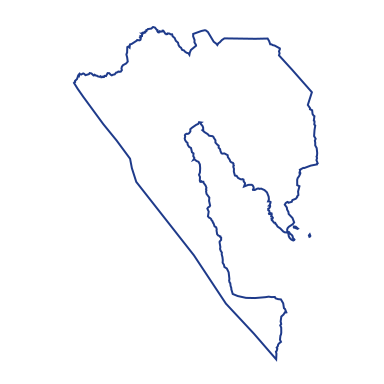 Mangochi, Mangochi, Malawi, rotated 183°
{"feature_id": "42251766B89682559169951", "entity_name": "Mangochi", "entity_type": "district", "adm_level": 2, "iso_a3": "MWI", "parent_name": "Malawi", "parent_adm1": "Mangochi", "projection": "orthographic", "projection_center": [35.105, -14.138], "detail": "fine", "context": "isolated", "style": "outline", "palette": "blue", "viewbox_px": 384, "rotation_deg": 183, "n_neighbors": 0, "source": "geoboundaries", "source_scale": "gbopen_adm2", "svg_char_len": 5997}
<svg xmlns="http://www.w3.org/2000/svg" viewBox="0 0 384 384"><g transform="rotate(183 192 192)"><path d="M199.1,349.9L199.0,347.5L197.4,343.9L197.4,341.6L195.8,339.2L195.6,338.3L200.5,333.8L201.5,331.1L201.8,328.9L202.9,330.4L204.5,330.7L206.1,331.6L207.5,333.0L209.3,333.4L210.5,335.5L212.0,336.4L213.1,338.0L213.8,340.4L216.1,342.2L217.4,344.9L219.5,346.5L220.1,348.4L221.6,348.3L222.7,349.0L223.9,349.1L224.6,349.1L224.9,348.4L225.9,348.2L226.1,348.6L226.9,348.7L229.0,351.5L229.4,351.7L229.9,351.6L230.0,350.8L232.1,350.4L232.3,350.8L232.9,350.9L233.5,349.6L234.3,349.8L235.1,350.9L235.0,351.9L235.9,352.3L237.5,354.2L239.3,354.7L239.8,354.6L241.1,353.1L244.6,352.4L244.9,351.8L246.1,351.3L246.0,350.2L247.1,349.8L247.1,349.0L247.7,349.1L248.0,348.5L249.1,348.7L249.3,348.6L249.0,348.3L249.3,347.7L250.5,347.6L250.1,347.3L250.1,345.1L250.7,344.9L251.6,345.0L251.5,344.4L252.0,343.9L251.3,343.3L251.6,343.0L251.2,342.2L251.5,341.2L252.3,340.7L254.7,340.9L254.9,340.4L260.0,336.7L261.7,336.1L261.9,333.0L263.1,334.0L264.2,333.3L264.1,327.6L264.4,327.2L264.7,325.8L263.8,323.0L263.0,318.9L264.5,316.9L267.6,315.0L268.6,313.4L268.9,311.6L268.4,310.1L269.4,308.5L270.6,308.2L271.4,308.5L272.1,308.3L272.5,307.7L274.0,307.3L275.4,305.4L277.0,305.0L278.2,304.3L279.4,304.9L280.8,306.3L282.5,306.3L283.9,303.3L285.3,303.4L285.8,302.3L286.3,302.2L286.4,302.7L286.9,302.7L287.5,302.1L288.6,301.8L289.3,302.8L290.2,302.2L292.3,302.6L293.1,303.2L294.0,303.2L295.4,304.0L295.9,303.3L296.4,303.2L298.6,305.1L300.4,305.4L301.1,304.3L304.5,303.1L305.8,304.3L306.9,304.7L308.8,303.5L309.8,303.7L310.4,304.3L310.9,303.7L310.8,303.2L311.5,302.7L310.9,302.2L311.0,301.5L311.7,301.7L312.0,301.4L312.8,298.7L314.6,296.9L314.5,295.7L315.6,295.2L316.0,295.4L311.6,289.1L305.6,281.4L284.2,255.2L270.0,239.5L255.6,222.0L253.3,212.7L248.2,199.2L186.8,128.9L152.3,82.3L122.7,53.7L99.2,29.3L99.2,34.9L99.8,36.9L99.1,37.8L98.6,39.9L99.3,41.0L98.3,42.3L98.0,44.1L97.2,45.3L95.3,47.0L96.4,49.0L96.2,53.1L95.7,54.3L95.5,56.1L95.8,61.2L96.9,63.5L96.0,64.8L96.7,67.3L96.3,72.3L94.2,74.4L92.8,76.9L92.4,77.1L91.8,76.6L91.5,76.7L93.0,80.0L94.1,80.8L95.1,85.6L97.6,89.4L100.4,89.5L103.0,90.2L103.8,91.5L107.1,91.2L109.9,91.5L113.3,90.8L123.5,89.4L132.5,89.1L140.9,90.5L146.0,92.3L147.7,97.1L147.7,98.1L148.6,100.3L149.0,102.9L149.8,103.8L150.3,105.6L150.1,107.1L151.2,113.7L153.2,117.4L155.7,118.8L156.3,121.0L157.7,123.0L157.7,125.7L158.2,128.6L159.1,131.4L159.0,133.1L160.2,134.7L161.0,136.6L160.8,138.5L161.8,143.0L161.8,144.0L160.4,145.7L160.5,147.9L161.3,148.3L161.3,149.1L163.6,150.0L164.7,151.2L165.5,154.9L165.4,156.1L166.0,158.0L167.7,158.9L168.9,162.0L169.5,162.4L169.9,163.8L171.0,164.8L171.4,165.9L172.4,166.8L173.5,167.2L174.8,168.5L174.3,173.3L175.8,176.2L175.1,177.4L173.6,178.5L173.2,179.4L174.5,184.0L174.4,187.3L177.4,190.9L178.0,193.5L177.7,194.6L178.2,195.6L177.8,196.9L178.8,199.2L181.0,201.9L181.2,202.8L182.3,202.7L183.1,203.2L183.6,202.5L184.4,202.7L184.8,203.8L184.8,207.4L185.9,209.5L185.1,211.9L185.1,216.3L185.6,220.0L187.1,222.5L189.1,223.2L191.3,224.8L192.2,224.3L191.6,225.4L191.5,226.3L192.6,227.8L192.5,230.6L194.1,231.7L195.3,235.9L197.4,237.0L198.8,239.1L199.1,240.9L200.4,241.8L201.6,243.5L202.1,245.1L201.7,246.9L202.1,248.3L201.7,249.1L200.5,249.9L199.2,249.8L198.0,250.5L196.8,252.4L197.0,254.6L195.5,256.1L191.2,259.4L189.5,260.2L188.8,261.4L188.6,262.1L186.5,261.9L186.9,261.6L186.8,260.4L185.1,258.7L184.3,257.1L184.0,254.3L184.5,254.6L184.9,254.3L182.7,252.5L179.3,250.6L177.9,249.1L174.3,248.8L173.3,247.9L173.1,247.3L171.3,244.9L171.2,242.6L169.2,240.6L167.8,239.7L167.7,237.6L166.2,236.3L165.8,234.5L164.6,232.2L163.8,231.9L161.6,232.2L158.3,230.6L158.0,228.7L156.1,226.3L155.4,224.6L154.3,223.7L152.6,223.2L152.0,222.3L152.1,221.1L151.6,220.6L152.1,219.3L151.3,217.4L151.3,214.6L150.1,210.9L149.7,210.5L148.3,210.5L146.8,208.5L144.2,207.3L142.9,207.2L142.1,207.5L141.2,207.1L140.9,205.2L139.7,203.9L139.5,202.9L140.3,200.2L136.1,202.1L132.7,202.3L131.7,201.7L130.7,200.0L130.6,198.8L131.3,197.7L131.2,197.3L129.4,197.3L126.9,198.8L125.5,199.0L125.0,198.6L123.1,199.0L119.7,197.7L117.1,195.5L115.2,191.3L114.8,188.7L115.5,186.6L114.3,186.7L113.0,186.1L113.1,185.1L113.8,183.0L114.3,182.4L113.3,182.3L113.2,181.5L114.1,179.7L115.0,179.3L114.9,177.8L113.9,177.3L113.7,176.6L113.5,174.9L114.0,174.4L113.8,174.0L112.9,174.0L112.7,175.1L111.4,174.8L111.2,173.6L111.6,172.0L111.1,172.0L109.9,170.5L110.2,169.6L111.2,169.5L110.9,168.1L109.8,167.2L108.6,165.7L107.3,165.6L107.1,164.7L106.3,164.2L104.7,161.9L102.0,160.3L98.9,157.4L97.4,156.6L95.2,156.5L94.8,157.6L95.0,159.8L94.5,161.1L93.4,162.4L89.7,165.1L88.4,167.0L90.3,171.3L94.3,175.1L94.7,177.2L96.1,179.4L96.5,181.5L98.7,184.2L97.8,185.9L96.2,187.1L95.7,187.0L95.1,186.3L91.9,187.4L91.3,189.2L88.0,190.7L86.7,192.4L86.8,193.1L85.6,194.5L86.1,198.1L85.0,203.4L87.3,204.3L87.6,209.7L87.2,211.4L85.9,213.4L84.8,216.1L84.9,216.8L85.3,216.9L85.5,216.2L85.7,216.9L85.1,219.3L85.4,219.9L82.1,221.9L81.2,221.8L74.7,224.6L68.7,226.1L68.7,226.7L68.0,227.2L69.4,230.4L68.9,232.4L69.5,234.0L69.1,234.6L69.0,237.4L69.8,242.4L71.4,245.0L71.5,247.7L72.0,249.7L71.3,251.6L73.0,254.2L72.9,260.4L72.4,264.8L73.4,265.8L73.3,268.5L73.5,269.3L74.1,269.7L73.7,274.1L74.7,274.8L75.7,276.2L76.3,279.9L78.5,280.8L78.4,281.7L80.9,285.0L77.5,297.9L98.4,319.3L112.3,333.0L111.8,335.1L112.5,337.0L111.7,339.3L111.8,340.0L117.2,342.6L119.1,342.9L120.3,343.6L121.6,343.6L122.9,346.8L124.5,349.2L136.9,348.3L167.7,347.1L170.1,345.3L172.2,342.8L173.4,342.0L174.4,340.1L175.4,341.3L178.2,343.2L184.5,352.6L186.7,354.1L187.7,354.2L191.0,353.3L199.1,349.9ZM94.4,157.3L94.5,156.5L93.7,155.8L93.0,152.8L92.2,151.4L90.5,149.8L89.1,149.1L88.2,148.9L87.4,149.4L87.2,149.8L88.9,151.5L89.2,153.1L90.2,154.4L91.8,155.4L92.9,157.0L94.4,157.3ZM85.4,161.3L84.9,160.7L84.3,161.0L86.6,162.8L88.4,162.9L88.6,162.3L88.1,161.6L87.2,161.8L86.2,161.2L85.4,161.3ZM72.2,155.9L73.0,154.8L72.4,153.4L71.8,153.7L71.5,154.3L72.2,155.9Z" fill="none" stroke="#1e3a8a" stroke-width="2"/></g></svg>